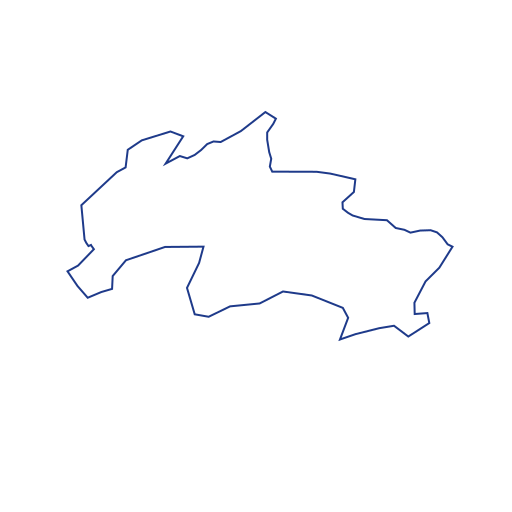 an SVG outline of Riebinu, rotated 319°
{"feature_id": "LVA-5752", "entity_name": "Riebinu", "entity_type": "Municipality", "adm_level": 1, "iso_a3": "LVA", "parent_name": "Latvia", "parent_adm1": "", "projection": "equal_earth", "projection_center": [26.825, 56.342], "detail": "fine", "context": "isolated", "style": "outline", "palette": "blue", "viewbox_px": 512, "rotation_deg": 319, "n_neighbors": 0, "source": "natural_earth", "source_scale": "10m", "svg_char_len": 1148}
<svg xmlns="http://www.w3.org/2000/svg" viewBox="0 0 512 512"><g transform="rotate(319 256 256)"><path d="M340.7,175.6L334.1,186.3L331.3,192.6L325.1,197.6L323.6,203.0L357.0,232.2L366.1,242.5L381.3,263.3L371.9,271.9L356.5,272.2L352.5,277.3L353.8,283.8L355.5,288.8L362.1,299.2L378.3,314.9L379.8,326.5L385.2,333.6L387.9,339.7L396.6,344.5L404.7,351.1L408.1,356.9L409.0,364.2L408.3,372.9L410.4,377.9L386.7,385.1L367.3,386.4L344.9,395.2L337.7,403.9L347.9,411.5L342.8,420.3L318.1,416.7L314.4,399.2L301.6,391.3L279.9,380.3L264.6,374.1L285.0,363.1L287.5,352.1L272.2,322.4L253.1,300.5L227.6,294.2L203.4,277.0L180.4,270.8L171.5,259.8L183.0,234.8L208.5,223.9L222.5,214.5L193.3,189.5L155.1,173.9L134.7,177.1L125.8,186.4L115.6,181.7L101.6,177.1L101.6,161.5L103.7,143.9L115.4,146.5L138.1,144.5L138.5,140.2L138.7,139.4L136.1,138.6L136.5,134.9L137.4,131.1L157.5,103.1L205.9,101.4L215.7,103.6L228.9,91.7L245.7,93.8L273.1,105.9L279.6,117.9L248.4,127.0L264.1,130.6L268.2,137.2L276.0,139.5L284.0,140.0L292.6,139.5L299.1,141.7L304.1,146.8L326.5,151.8L357.5,153.5L361.1,165.4L355.7,167.6L345.5,170.1L340.7,175.6Z" fill="none" stroke="#1e3a8a" stroke-width="2"/></g></svg>